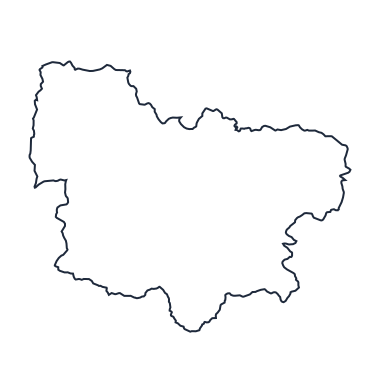 Son Dong, Bắc Giang, Vietnam, rotated 86°
{"feature_id": "81297802B10167820950608", "entity_name": "Son Dong", "entity_type": "district", "adm_level": 2, "iso_a3": "VNM", "parent_name": "Vietnam", "parent_adm1": "Bắc Giang", "projection": "robinson", "projection_center": [106.856, 21.328], "detail": "fine", "context": "isolated", "style": "outline", "palette": "slate", "viewbox_px": 384, "rotation_deg": 86, "n_neighbors": 0, "source": "geoboundaries", "source_scale": "gbopen_adm2", "svg_char_len": 5994}
<svg xmlns="http://www.w3.org/2000/svg" viewBox="0 0 384 384"><g transform="rotate(86 192 192)"><path d="M330.4,194.3L328.5,193.5L325.8,191.3L324.9,191.1L324.3,189.5L322.6,188.6L322.5,188.3L323.1,186.5L323.1,184.8L322.6,183.8L320.9,182.6L319.3,180.6L319.4,176.9L316.7,176.9L315.5,176.5L314.1,174.8L311.4,172.5L306.9,171.4L306.1,170.6L304.6,167.2L302.5,166.8L302.0,166.3L299.4,165.9L297.2,166.0L296.5,165.3L295.7,163.7L295.6,162.0L295.8,161.4L297.4,160.2L298.3,158.1L298.5,156.5L298.4,151.5L299.9,148.9L300.0,147.8L298.2,141.4L296.0,138.7L296.1,135.6L295.5,134.3L294.4,130.3L294.0,126.5L294.4,125.8L296.5,124.1L298.6,120.6L298.6,119.6L298.1,118.7L297.7,117.2L297.8,116.1L298.2,115.1L300.2,113.3L301.1,112.9L302.9,111.4L305.6,111.1L307.3,110.3L307.9,109.5L308.3,108.3L307.2,106.2L304.2,104.1L302.7,102.5L300.2,100.9L298.9,100.7L298.4,99.7L297.7,95.7L294.8,92.0L292.4,92.4L289.6,92.2L288.7,92.5L286.8,94.4L285.4,94.0L283.1,95.1L281.2,95.2L280.0,96.3L275.9,102.6L273.5,105.3L271.6,106.2L269.2,106.9L267.9,106.5L266.7,105.3L265.9,104.2L265.4,101.4L263.5,99.0L263.8,97.7L263.4,97.1L262.4,96.6L259.6,96.4L259.2,96.6L258.1,98.2L254.3,100.8L252.0,103.8L250.0,104.8L249.8,103.6L250.0,101.9L251.1,99.0L251.1,94.9L250.1,92.4L248.3,91.3L246.9,93.7L243.9,95.8L242.6,98.4L240.7,100.5L239.2,101.2L238.1,101.0L236.7,100.4L235.8,99.6L234.2,97.4L232.8,96.4L229.4,91.4L227.3,91.0L225.3,89.1L224.5,87.8L224.1,86.3L222.8,83.9L221.1,81.4L221.0,79.5L221.9,74.2L222.5,73.7L224.5,73.1L226.1,72.3L229.2,65.7L229.4,64.6L229.1,63.8L228.5,63.0L224.7,60.4L222.4,59.6L221.6,58.7L221.5,55.4L219.7,54.6L219.4,53.9L219.1,51.6L220.2,49.9L220.4,47.8L220.0,47.6L219.6,46.8L218.3,46.8L212.6,43.5L207.9,41.7L203.5,40.6L202.5,40.6L199.3,41.5L196.8,41.6L193.4,42.4L191.9,42.2L190.9,41.2L190.8,38.3L188.5,40.6L186.9,42.9L186.3,43.2L185.8,42.8L183.7,34.9L182.8,33.5L180.9,32.4L179.7,33.5L177.5,36.8L176.9,37.0L174.7,36.8L170.4,37.5L169.3,37.3L166.2,35.8L160.3,33.7L159.3,33.7L157.1,34.5L156.2,35.5L155.3,39.0L146.3,48.5L146.0,49.5L145.7,55.1L143.6,56.8L142.0,58.7L141.2,61.3L139.3,64.8L138.9,71.1L138.1,72.7L138.6,74.5L138.6,75.7L137.2,77.8L135.1,79.7L133.0,80.8L132.7,81.5L132.7,84.0L133.6,89.7L135.7,93.8L136.5,98.8L135.6,102.4L136.5,104.3L136.4,104.8L132.9,109.4L131.1,114.1L131.1,115.5L132.1,117.5L134.6,119.2L135.0,120.0L135.0,121.2L134.4,124.0L134.5,125.2L135.4,128.4L134.8,129.0L133.1,129.4L132.3,130.0L131.9,131.3L132.2,132.4L132.3,134.7L132.6,135.5L132.2,137.0L132.1,138.8L132.6,139.2L134.1,139.8L134.6,140.4L134.7,141.3L133.6,142.4L133.2,143.4L133.1,144.2L132.2,143.9L131.2,142.5L130.6,142.3L129.7,143.0L130.2,144.2L129.3,145.0L128.7,145.0L127.8,144.4L126.7,142.7L125.4,142.6L122.1,145.0L121.9,145.6L122.3,147.2L122.2,149.1L120.2,152.2L120.1,153.0L120.7,154.8L120.5,155.8L119.5,156.5L115.6,156.8L111.6,160.8L111.2,161.7L111.3,162.3L112.7,164.9L112.7,165.5L109.6,171.5L109.8,172.7L114.3,176.2L116.9,176.4L119.5,180.0L122.5,181.9L123.8,182.6L126.8,183.2L127.2,183.7L128.1,185.7L129.2,187.0L129.0,190.5L128.3,193.0L126.8,195.4L123.5,198.3L120.7,199.8L119.5,199.8L118.3,199.4L116.8,197.9L116.9,201.8L116.4,205.9L116.7,208.1L117.4,210.1L119.9,213.1L121.1,213.9L121.5,214.9L121.5,216.7L120.1,218.2L117.1,220.3L114.1,221.8L112.4,222.0L109.3,223.6L106.7,223.4L104.6,225.7L102.2,226.8L100.9,227.9L100.3,229.1L100.5,230.4L101.5,232.7L101.6,233.4L100.7,237.9L100.0,238.6L93.9,240.2L92.2,241.0L90.5,241.1L87.8,240.1L85.1,240.5L82.3,243.0L82.2,244.9L81.7,245.9L79.9,247.3L78.5,247.9L73.4,248.5L71.8,247.5L70.0,247.0L69.2,245.7L68.6,245.4L67.6,245.1L66.5,245.4L67.2,248.2L67.0,249.1L66.0,250.1L65.8,250.7L65.0,259.4L64.1,260.8L60.5,264.4L59.3,268.0L62.4,272.9L63.3,275.4L64.3,282.3L64.2,285.5L62.3,292.6L61.2,295.4L60.9,297.2L61.9,300.0L61.5,300.4L60.0,300.5L57.6,302.4L54.6,303.7L53.3,304.7L53.3,305.6L53.8,306.9L56.7,311.0L56.7,311.5L54.1,314.9L52.8,321.6L52.8,322.6L54.6,328.9L55.9,332.5L56.7,332.3L57.4,332.6L58.9,335.2L59.6,335.6L61.9,334.6L64.7,335.0L68.8,333.3L71.6,332.9L73.8,335.3L75.6,335.5L78.5,334.5L80.0,336.1L81.2,338.0L84.5,340.9L86.6,340.3L89.6,340.1L89.1,341.4L90.1,342.5L93.5,342.5L98.9,340.8L106.7,344.6L107.7,345.5L109.5,345.0L112.1,345.2L114.4,345.4L117.6,346.4L119.9,345.4L123.2,345.3L124.0,345.7L125.8,345.9L126.8,348.5L127.2,348.8L139.2,350.0L142.3,350.6L143.8,351.4L145.5,351.6L146.6,351.5L150.7,349.4L154.0,346.8L159.9,347.6L165.7,345.2L167.9,346.1L172.3,347.1L175.6,348.7L176.7,348.5L176.6,347.8L173.9,344.4L171.3,339.4L171.0,338.2L170.8,329.4L171.6,327.6L171.6,326.2L171.4,325.0L170.6,323.3L170.4,322.1L171.6,318.4L171.3,316.6L172.4,317.1L175.4,317.9L180.3,318.1L183.7,318.7L186.8,318.2L187.7,317.8L188.8,316.8L189.9,316.4L193.5,316.3L194.8,317.1L195.6,318.1L196.2,324.2L198.1,327.3L199.8,328.0L201.6,328.2L203.0,328.0L204.8,329.1L207.3,329.6L208.3,328.8L212.9,321.9L214.8,320.9L217.1,321.1L222.3,324.8L224.1,323.9L226.4,323.6L229.0,322.6L231.8,321.2L234.7,320.8L239.3,320.8L240.7,320.2L241.4,320.5L245.5,324.6L245.9,325.2L246.3,326.7L248.5,329.5L251.5,331.9L255.5,334.0L255.9,334.0L256.6,333.2L257.7,330.7L260.2,330.8L261.4,329.3L263.3,324.8L263.5,321.5L264.8,318.8L265.1,316.4L268.2,315.9L270.4,315.0L271.2,314.1L270.9,311.2L271.0,310.1L271.9,308.1L271.2,306.0L271.7,300.8L273.7,298.2L276.3,296.9L278.5,292.3L279.2,291.4L279.2,289.8L280.4,287.9L281.5,283.9L282.0,283.7L284.6,284.3L286.5,283.0L288.8,282.1L287.2,279.2L288.5,276.1L288.6,275.2L287.8,272.1L287.8,271.0L290.9,266.8L291.3,260.4L293.3,256.9L293.4,256.1L294.0,254.9L294.1,253.8L293.7,251.1L292.8,249.1L292.8,247.4L291.4,245.8L289.5,245.5L287.1,243.3L286.4,240.7L285.6,239.1L286.0,236.9L285.8,234.1L285.2,232.7L284.3,231.3L284.3,230.9L287.6,227.6L290.7,226.0L292.3,224.1L294.9,223.3L295.9,222.7L297.3,222.4L299.9,222.7L301.3,221.9L305.6,221.6L307.5,222.4L308.8,222.6L309.7,221.1L310.5,220.5L312.8,221.6L313.7,221.6L314.3,221.1L314.9,219.7L315.8,218.9L316.6,218.7L319.2,217.1L320.9,217.5L322.0,215.3L324.6,212.9L325.7,209.8L327.6,209.4L328.3,208.8L331.2,203.5L330.8,201.9L331.2,197.9L330.4,194.3Z" fill="none" stroke="#1e293b" stroke-width="2"/></g></svg>